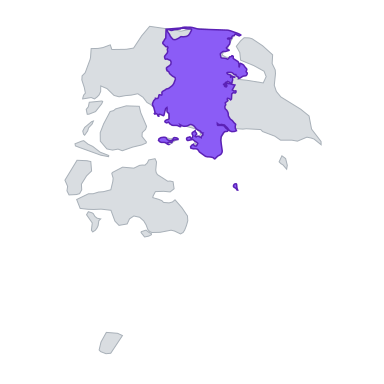 location of Midtjylland within Denmark, rotated 92°
{"feature_id": "DNK-3416", "entity_name": "Midtjylland", "entity_type": "Region", "adm_level": 1, "iso_a3": "DNK", "parent_name": "Denmark", "parent_adm1": "", "projection": "albers", "projection_center": [9.543, 56.244], "detail": "fine", "context": "in_parent", "style": "filled", "palette": "violet", "viewbox_px": 384, "rotation_deg": 92, "n_neighbors": 0, "source": "natural_earth", "source_scale": "10m", "svg_char_len": 9429}
<svg xmlns="http://www.w3.org/2000/svg" viewBox="0 0 384 384"><g transform="rotate(92 192 192)"><path d="M102.8,304.5L102.1,304.5L99.0,303.7L96.9,302.0L91.3,303.3L83.9,306.0L79.8,305.9L76.5,302.9L63.2,298.5L61.0,298.1L52.2,297.8L51.8,291.0L50.8,286.1L47.8,278.8L52.4,277.1L51.7,262.8L50.2,255.4L37.6,247.7L27.9,240.1L30.6,215.4L31.7,208.7L28.3,195.7L29.0,180.8L31.0,157.3L34.1,156.4L36.3,156.6L45.0,161.0L48.6,161.4L51.0,165.2L53.9,166.8L56.0,162.9L56.9,156.0L63.9,147.2L68.7,144.0L72.0,142.5L75.3,146.1L77.8,150.1L78.4,141.3L80.5,124.6L74.1,121.9L68.8,124.2L63.5,134.7L58.6,148.0L51.0,149.1L44.9,152.8L39.4,148.8L36.0,145.3L36.0,140.2L36.8,137.2L43.4,126.5L52.1,116.2L60.8,116.4L67.1,113.1L70.8,112.7L82.5,113.5L88.6,111.2L93.9,106.5L105.5,86.2L111.9,77.7L125.0,74.7L137.0,64.8L140.3,64.6L134.8,71.9L133.9,74.8L133.2,79.1L137.5,88.4L136.7,94.1L137.1,105.3L133.3,111.2L129.1,123.6L127.2,125.5L126.9,140.0L127.4,143.4L126.9,156.6L131.6,162.0L136.4,164.7L152.6,164.4L154.3,166.7L156.3,170.8L155.0,177.7L153.4,183.0L148.8,187.5L142.8,190.8L139.0,191.1L133.8,184.9L131.4,186.9L128.9,190.1L124.9,207.3L123.0,218.8L121.9,219.8L119.5,218.1L115.3,218.0L110.1,220.8L112.8,223.2L115.7,227.4L114.6,229.6L109.9,231.9L105.9,236.6L104.1,240.1L99.0,244.3L95.7,249.6L97.3,256.1L98.0,261.9L99.4,268.2L98.2,273.3L91.6,280.6L89.2,286.9L94.8,286.8L98.3,288.3L100.3,290.1L102.4,292.7L101.1,296.0L102.8,304.5ZM233.4,222.5L233.9,230.7L232.8,233.1L231.1,234.8L226.5,236.7L222.6,239.2L219.1,243.4L218.0,249.3L221.0,253.5L226.2,255.7L227.9,263.8L223.8,268.0L213.1,272.4L212.3,282.2L212.9,289.8L212.9,295.4L212.3,303.2L203.5,307.0L197.4,295.4L197.2,290.7L195.3,285.3L194.8,280.6L192.6,273.2L184.2,271.5L180.9,271.3L176.4,272.8L175.3,272.3L169.6,262.2L170.2,250.9L167.2,245.3L166.8,242.7L166.8,239.9L164.4,237.6L161.5,236.4L160.0,230.1L163.2,228.5L171.3,229.0L173.7,228.5L175.8,227.2L182.1,216.6L181.8,214.3L182.4,211.3L189.4,210.0L192.7,213.9L192.3,220.4L192.9,228.6L197.3,230.7L199.0,231.0L200.6,224.8L201.7,221.8L203.4,220.1L203.7,214.5L202.6,211.1L200.4,208.7L208.1,201.5L216.1,195.7L220.9,195.2L225.8,196.4L230.3,198.0L232.8,199.5L234.3,202.0L231.6,208.2L230.9,211.6L233.4,222.5ZM144.7,239.6L146.7,243.8L149.2,252.9L153.2,263.1L151.7,267.4L152.9,272.9L151.9,278.6L144.4,285.4L135.9,285.8L127.0,282.7L114.4,276.6L113.4,273.2L111.6,271.2L108.2,260.7L108.2,247.7L114.5,246.0L128.0,239.7L131.1,240.6L134.4,243.8L138.2,243.9L143.6,239.3L144.7,239.6ZM179.5,297.9L188.0,302.8L193.7,302.3L197.6,304.3L198.6,307.5L199.2,314.8L195.2,317.0L190.7,316.5L184.6,319.4L164.3,308.0L164.4,298.1L165.1,294.2L174.5,293.1L179.5,297.9ZM354.7,277.8L353.1,279.3L345.1,277.7L335.3,272.7L335.8,261.5L337.9,256.5L356.0,267.6L356.6,272.3L354.7,277.8ZM150.0,310.1L147.9,310.6L145.0,304.0L144.5,302.0L147.8,297.6L149.9,292.8L155.4,285.2L158.4,276.5L159.6,276.6L158.4,284.4L151.4,306.1L150.0,310.1ZM118.0,299.4L113.1,300.6L110.5,298.6L105.9,297.8L104.2,285.2L104.7,284.4L107.0,285.3L115.0,291.2L117.8,297.6L118.0,299.4ZM235.4,289.8L233.7,291.2L226.4,290.6L218.4,296.6L215.3,294.9L216.3,291.2L217.1,289.9L219.8,288.2L221.5,285.9L222.1,282.3L223.9,284.1L229.0,284.7L231.5,285.8L233.6,287.3L235.4,289.8ZM142.7,225.3L141.9,226.8L139.0,225.3L138.6,220.0L139.6,215.2L138.3,211.0L139.7,208.2L143.9,214.5L145.1,217.5L143.5,221.1L142.7,225.3ZM160.6,104.1L158.8,106.0L152.7,103.4L155.3,99.6L162.0,97.7L165.9,98.2L161.7,102.1L160.6,104.1ZM138.0,302.4L134.9,303.3L131.2,301.5L125.2,294.8L124.5,293.0L127.6,294.2L131.5,297.6L134.6,298.4L139.0,301.3L138.0,302.4ZM238.6,237.8L234.3,241.5L233.4,241.3L231.7,236.6L233.9,233.6L235.2,231.0L236.1,231.1L237.6,233.7L238.6,237.8Z" fill="#d9dde1" stroke="#a8b0b8" stroke-width="1"/><path d="M30.2,223.6L28.6,210.0L28.4,209.2L28.3,208.2L28.5,208.0L29.4,209.1L30.4,215.4L31.2,217.6L31.3,218.5L31.1,219.3L30.7,220.4L30.5,221.4L30.7,222.5L31.1,222.7L33.2,221.6L35.4,219.9L36.5,219.5L38.3,218.1L40.2,216.2L40.4,214.9L40.2,213.5L39.5,212.1L38.8,210.8L37.1,208.5L37.2,206.0L36.7,203.0L35.6,201.1L34.0,199.9L30.5,198.2L29.5,198.1L29.1,198.8L29.1,202.3L29.0,203.9L28.6,205.8L28.8,207.2L28.7,207.7L28.0,207.5L27.8,207.0L27.5,205.2L27.4,199.2L27.6,197.3L28.8,192.2L29.0,190.3L29.0,161.8L29.3,160.4L29.6,159.0L31.8,152.0L32.7,149.8L33.4,148.7L33.7,148.9L33.9,149.7L34.3,150.1L34.2,150.7L32.8,154.0L32.8,154.6L33.4,155.0L34.2,155.1L34.7,157.1L35.1,157.4L36.9,157.8L37.4,158.2L36.8,158.6L36.9,159.3L36.8,160.6L37.0,161.4L37.4,161.8L37.8,161.6L37.9,161.0L37.7,160.3L37.7,159.7L39.1,159.3L41.3,159.3L43.3,159.7L44.2,160.7L44.6,160.8L46.8,162.7L47.4,162.4L48.0,161.7L48.9,159.9L49.2,159.9L50.5,163.8L50.5,164.4L50.3,164.8L50.4,165.6L50.7,166.3L51.4,167.0L52.3,168.1L52.8,168.5L53.6,168.5L56.7,167.7L56.9,167.3L57.1,166.7L57.2,163.9L57.5,162.2L58.1,161.3L57.8,160.6L56.5,159.5L55.7,159.2L55.5,158.8L55.4,158.1L55.2,157.3L54.4,156.9L54.5,156.1L55.1,155.5L57.2,155.4L60.1,150.5L60.8,150.1L62.7,149.5L65.2,149.4L65.3,149.2L64.2,148.8L62.2,148.7L61.7,148.3L62.2,146.8L62.9,145.5L63.4,144.8L64.8,143.8L67.0,141.7L67.8,141.5L69.7,142.1L70.2,142.0L70.7,141.3L71.0,141.0L71.8,140.9L72.9,141.3L73.8,142.0L74.1,143.0L74.4,144.9L75.0,146.0L75.7,146.9L76.3,147.8L76.9,149.5L75.6,149.8L74.3,152.0L73.1,152.3L73.1,152.9L73.3,153.6L72.8,154.3L71.6,155.6L71.1,156.8L71.1,157.8L71.2,160.4L71.6,161.2L72.3,161.1L73.1,160.2L73.7,157.5L74.4,157.4L75.2,157.5L75.9,157.4L75.6,156.6L75.3,156.3L74.8,156.4L74.4,156.8L75.4,154.5L75.6,153.4L75.9,153.4L75.6,155.2L76.8,155.5L78.4,155.3L79.4,155.4L80.1,155.8L81.4,155.8L81.8,156.8L81.6,157.6L80.6,159.1L80.2,160.2L80.7,160.4L80.8,161.3L81.1,161.9L81.5,162.4L82.7,163.0L83.2,164.2L83.6,164.2L84.5,162.4L85.2,163.0L85.7,162.4L85.7,161.3L84.7,160.8L83.3,161.6L83.2,161.9L83.0,162.0L82.5,161.9L82.1,161.7L82.1,161.2L82.3,160.8L82.5,157.7L83.2,155.1L83.6,152.8L88.6,155.3L89.7,153.5L89.3,152.3L89.6,151.5L90.9,151.6L91.6,152.3L91.3,154.3L92.6,155.7L97.7,155.8L98.6,156.6L97.4,158.0L97.1,159.8L98.0,160.1L99.5,159.3L101.7,161.9L103.7,161.3L104.9,162.0L105.7,162.2L107.6,161.8L109.1,160.1L110.9,159.0L112.0,158.6L114.7,158.3L117.8,156.3L119.2,154.2L121.3,152.4L122.8,150.7L125.0,151.1L126.9,150.9L128.1,150.2L129.2,149.7L130.0,151.6L130.3,154.3L129.5,156.6L126.5,159.0L124.3,161.6L123.9,161.8L123.4,165.2L123.8,166.1L123.6,167.3L123.1,168.4L122.5,169.1L123.9,169.0L124.5,168.6L124.4,165.5L124.5,163.2L124.9,162.1L126.8,160.6L128.3,158.6L129.1,158.0L130.0,158.6L130.2,159.1L130.5,161.4L130.7,161.7L132.1,162.8L135.5,164.7L139.2,165.1L150.0,163.2L151.5,163.4L153.0,164.2L153.7,164.9L155.2,167.5L158.1,170.3L158.1,170.8L157.0,171.9L156.5,173.8L156.3,176.0L156.3,177.9L155.9,179.8L151.8,185.9L149.7,187.4L148.9,188.5L148.7,189.6L148.8,192.2L148.2,194.7L146.8,195.0L145.2,193.8L144.1,192.0L145.2,191.7L145.7,191.3L145.9,190.2L145.8,189.1L145.3,188.8L144.7,188.7L144.2,188.3L143.1,187.9L142.0,189.3L141.0,191.1L139.5,192.9L139.9,194.8L140.5,196.9L140.7,198.2L140.3,198.8L139.6,199.2L138.8,199.3L138.2,199.1L137.7,198.4L137.3,196.8L136.9,196.0L138.0,195.1L138.5,194.9L138.1,194.0L137.7,193.6L135.8,193.0L135.4,193.1L134.4,193.8L133.1,194.0L132.3,193.4L131.6,192.3L130.6,191.0L131.6,190.9L133.1,189.6L134.0,189.3L134.6,189.8L135.4,190.6L136.2,190.9L136.8,189.8L136.0,188.5L136.1,187.4L137.4,184.7L136.8,184.7L136.1,184.5L135.5,184.0L135.0,183.4L134.5,183.0L133.3,183.6L132.7,183.1L132.5,184.2L132.3,184.9L131.9,185.2L131.3,185.3L130.9,185.8L129.7,188.5L128.6,190.0L126.2,192.0L125.1,193.6L124.5,195.5L124.8,196.7L125.6,197.9L126.3,199.5L126.6,201.6L126.5,203.2L125.9,204.7L125.1,206.3L126.2,205.7L127.0,205.6L127.2,206.2L126.1,208.8L126.0,209.9L126.1,213.4L125.8,214.7L124.7,216.2L124.6,216.8L123.8,217.1L123.3,217.6L123.0,218.1L123.2,218.3L123.6,219.1L123.8,220.0L123.0,221.4L122.5,221.6L122.0,221.4L121.5,221.1L120.8,219.9L120.3,218.2L119.8,217.6L119.2,217.4L114.8,217.7L114.2,217.9L113.2,219.4L112.0,219.9L109.6,219.7L108.4,220.0L109.6,221.3L116.2,222.7L116.7,223.1L116.5,224.0L115.8,225.6L115.4,227.1L115.5,227.7L116.2,227.9L117.4,227.8L117.4,228.4L115.5,229.5L114.9,230.4L115.5,231.8L114.9,232.4L113.8,231.7L108.7,233.2L106.4,234.5L105.0,234.6L102.2,233.5L100.5,232.1L100.1,231.8L99.6,231.8L99.8,230.9L99.8,230.2L99.6,229.5L99.0,229.0L98.0,228.7L96.5,228.5L96.0,228.2L95.9,227.5L96.3,226.1L96.1,225.6L95.2,225.4L93.6,225.6L92.9,225.3L92.2,224.5L91.0,222.5L90.0,221.3L89.7,220.5L89.5,219.5L89.2,218.9L86.8,215.9L85.7,214.9L84.2,214.0L79.9,212.5L78.2,212.9L76.9,215.5L74.8,218.2L74.0,218.8L73.1,219.1L72.7,219.4L72.1,220.3L71.6,221.3L71.0,221.2L70.5,221.7L69.0,221.9L68.3,221.4L66.5,218.9L65.1,217.6L62.9,217.4L61.2,218.2L60.4,220.6L59.9,221.4L60.2,222.8L60.2,223.3L59.4,223.8L57.9,224.2L57.1,224.0L53.9,221.6L52.4,221.2L50.4,221.7L49.3,221.4L48.9,221.1L48.5,221.1L48.1,221.2L47.5,221.6L47.8,222.7L47.7,223.1L44.7,226.3L43.9,226.4L43.3,226.3L41.7,225.2L40.5,224.7L39.1,223.6L30.2,223.6ZM140.4,218.5L141.0,217.5L141.3,216.2L141.3,214.8L140.6,213.4L139.8,212.8L138.8,212.4L138.2,211.6L138.4,209.5L138.8,208.4L139.5,207.7L140.1,207.9L140.5,211.3L141.2,212.7L142.3,213.6L143.5,214.0L143.1,214.8L142.9,215.7L143.0,216.5L143.2,217.4L144.0,218.5L144.6,218.1L145.3,216.8L145.4,217.3L144.8,218.5L143.6,220.2L143.4,221.6L143.5,224.4L143.0,225.8L141.6,227.3L139.9,226.8L138.7,224.9L138.2,221.9L138.4,220.3L138.9,219.6L139.6,219.2L140.4,218.5ZM182.4,149.4L182.2,148.2L182.7,147.7L186.6,147.2L188.5,146.4L188.5,147.0L188.2,147.1L187.9,147.5L187.1,147.9L185.5,150.5L184.8,150.8L183.9,150.7L183.0,150.2L182.4,149.4Z" fill="#8b5cf6" stroke="#5b21b6" stroke-width="1.5"/></g></svg>